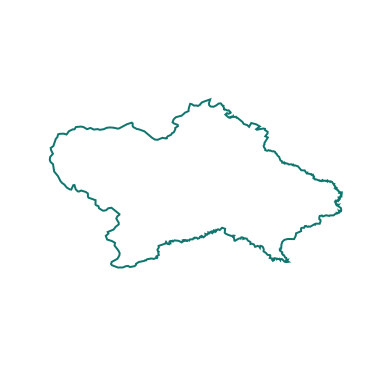 outline of Nam Yuen, Ubon Ratchathani, Thailand, rotated 107°
{"feature_id": "78962969B1624057872614", "entity_name": "Nam Yuen", "entity_type": "district", "adm_level": 2, "iso_a3": "THA", "parent_name": "Thailand", "parent_adm1": "Ubon Ratchathani", "projection": "equal_earth", "projection_center": [105.061, 14.443], "detail": "fine", "context": "isolated", "style": "outline", "palette": "teal", "viewbox_px": 384, "rotation_deg": 107, "n_neighbors": 0, "source": "geoboundaries", "source_scale": "gbopen_adm2", "svg_char_len": 5994}
<svg xmlns="http://www.w3.org/2000/svg" viewBox="0 0 384 384"><g transform="rotate(107 192 192)"><path d="M152.3,47.9L149.1,48.5L149.7,49.1L149.4,49.2L149.7,50.5L148.8,50.1L148.9,51.5L147.9,52.4L147.9,53.3L147.2,53.6L147.0,55.3L146.4,55.1L146.4,56.1L145.9,55.8L146.0,56.4L144.8,56.6L144.0,58.1L142.7,58.3L142.9,59.2L141.4,61.1L141.3,61.9L141.9,62.7L141.4,63.0L141.9,64.8L141.5,65.5L142.0,65.6L141.5,66.1L142.4,66.8L142.2,68.0L142.8,69.3L142.5,70.4L143.1,70.4L143.0,71.1L143.7,71.4L143.6,72.1L144.1,72.7L143.6,73.7L143.9,74.2L143.6,76.6L144.0,78.0L143.4,79.5L143.0,79.1L142.2,80.1L141.4,79.9L140.9,81.2L140.2,81.4L140.7,82.7L140.0,83.1L140.6,87.2L140.0,87.4L140.4,87.8L139.9,88.1L140.0,88.8L138.4,90.5L139.3,93.8L136.5,98.1L136.4,101.5L136.9,102.0L136.8,103.2L136.5,103.3L136.9,103.7L136.4,104.8L137.4,107.8L137.0,108.4L137.0,111.5L137.5,111.6L136.8,112.5L137.3,112.7L137.1,113.0L137.6,114.3L136.3,115.0L135.9,116.7L132.9,119.0L132.2,120.8L130.5,122.6L130.6,123.3L129.3,124.4L129.2,126.0L129.7,127.2L129.4,129.2L129.8,129.8L129.6,131.0L130.6,132.1L130.6,134.2L129.3,134.6L128.2,136.2L126.8,137.0L125.0,136.6L124.1,137.1L117.7,135.4L117.3,138.2L113.8,136.9L112.4,137.2L111.3,140.5L110.3,140.7L110.4,142.3L113.5,148.2L113.2,149.0L109.5,146.3L108.5,150.2L108.7,155.5L113.0,156.5L111.9,158.6L111.8,162.5L110.3,164.1L107.7,170.5L108.0,171.1L107.2,171.9L108.1,174.3L107.5,174.8L108.2,174.9L108.3,176.0L109.0,176.1L109.0,177.3L110.0,177.4L110.0,178.9L108.2,182.7L106.4,181.6L106.6,180.2L105.3,178.4L104.6,178.3L103.8,179.7L103.2,180.8L103.8,182.3L103.3,183.9L103.8,184.9L103.6,185.6L102.0,186.1L101.0,187.4L100.4,187.2L100.0,189.0L99.0,189.9L98.9,190.7L99.6,192.3L102.5,194.5L104.2,196.4L104.8,199.3L104.1,200.7L102.7,201.7L98.1,201.7L103.1,208.4L105.2,209.7L106.0,209.6L108.0,211.5L107.9,212.8L108.8,215.4L108.1,217.7L108.2,219.5L112.5,219.6L115.7,219.0L118.1,221.8L122.0,224.2L125.1,229.2L127.9,230.8L131.0,231.0L131.7,229.3L132.0,225.3L133.1,224.7L135.7,226.8L137.1,226.3L140.3,226.9L141.5,228.2L143.6,228.9L145.7,231.4L147.4,232.2L148.0,231.8L148.4,232.4L148.8,236.1L152.1,240.1L152.7,242.8L151.8,246.1L147.9,255.2L147.6,261.3L147.9,263.0L147.1,267.0L146.2,268.1L143.8,268.8L143.3,269.9L146.2,274.0L152.4,280.2L153.1,281.4L153.4,285.5L154.2,289.2L155.5,292.3L157.7,294.7L159.5,298.3L159.4,300.5L161.0,304.2L160.4,307.8L162.6,310.7L161.6,314.9L161.9,317.3L163.8,322.0L166.4,322.7L166.9,324.3L169.9,327.5L173.7,328.8L173.7,331.6L175.0,335.4L176.0,336.9L178.9,336.8L181.1,337.8L188.6,338.0L191.2,340.0L192.9,339.2L196.1,336.2L200.1,337.9L202.9,337.4L204.6,336.1L206.1,333.0L212.7,329.8L216.0,324.8L220.1,320.9L221.4,318.8L222.2,316.3L224.4,313.0L225.2,309.8L225.0,308.2L220.2,307.5L219.7,306.5L223.4,304.0L224.8,301.5L224.6,300.2L223.0,298.4L223.0,293.7L223.8,291.2L226.9,290.1L227.7,289.3L228.0,281.8L232.1,280.7L232.6,280.0L233.0,277.2L234.7,276.2L235.1,275.0L235.9,271.7L235.6,270.7L234.5,268.8L232.0,267.3L230.6,264.4L234.4,254.9L235.0,254.8L237.1,256.3L239.6,256.6L242.8,253.1L244.5,252.6L247.5,254.8L250.8,256.0L254.9,260.9L256.2,259.8L259.2,261.6L262.3,259.2L262.3,254.3L263.1,250.8L265.9,250.4L269.4,245.4L271.6,243.3L274.0,242.9L277.7,243.8L282.3,248.3L284.5,248.4L285.4,247.3L285.9,240.8L284.3,235.9L282.5,233.9L281.4,231.5L281.9,229.4L279.7,225.2L277.9,224.2L277.0,224.5L274.5,222.4L271.8,217.4L270.9,216.8L270.8,215.9L269.7,215.5L268.9,214.3L267.5,211.5L267.1,208.9L265.5,207.0L265.5,206.2L264.9,206.0L264.0,207.2L261.9,205.3L260.5,206.3L258.8,206.4L258.8,207.2L257.2,208.2L254.8,207.5L253.3,208.2L249.2,202.5L247.3,202.2L248.8,200.4L248.7,199.4L248.1,199.3L248.4,198.6L247.6,198.4L247.5,197.6L246.4,197.9L245.8,198.9L245.1,198.4L245.1,197.4L244.4,196.6L244.9,195.7L243.4,194.7L242.6,190.5L243.2,187.1L241.9,186.3L240.9,186.8L240.5,186.3L240.2,185.3L241.1,185.1L240.5,184.3L240.4,183.1L240.0,183.3L240.1,184.1L239.8,183.9L240.1,182.2L239.2,181.7L239.2,180.4L237.8,180.0L237.1,177.5L235.9,177.1L235.6,176.1L234.9,176.2L234.4,174.0L235.0,172.9L234.0,171.5L232.7,171.3L232.5,170.3L232.0,170.8L231.1,170.0L231.9,167.7L229.6,166.3L228.2,166.9L228.3,165.1L227.4,164.9L227.1,164.1L225.9,164.5L226.1,163.2L225.0,162.8L225.3,161.0L223.9,161.6L223.5,160.6L223.9,159.8L222.2,159.8L222.2,158.9L223.3,158.0L222.7,157.5L221.2,157.7L221.2,157.1L220.1,156.3L220.3,154.4L217.4,152.8L217.5,149.6L221.4,148.8L221.8,148.2L222.4,145.3L222.5,140.7L221.7,140.0L221.5,138.9L223.2,139.4L223.8,138.3L226.1,137.2L226.0,136.5L223.2,134.0L222.4,132.8L222.4,131.8L221.0,131.6L220.7,130.8L220.8,129.4L221.9,129.2L220.8,127.6L220.6,126.0L222.1,124.4L222.7,121.6L224.7,120.9L223.9,119.6L224.1,117.4L226.0,115.6L224.3,113.4L224.6,111.5L225.4,110.7L223.5,110.8L223.4,109.2L224.2,107.8L225.9,106.6L227.9,106.2L228.6,103.6L230.0,101.4L229.6,98.8L230.3,98.3L232.3,98.4L232.2,94.9L233.0,94.7L233.3,96.4L233.5,95.1L234.1,94.5L233.4,93.7L231.3,93.9L230.9,92.4L231.7,91.3L230.8,90.6L230.9,89.8L230.3,88.9L231.4,87.6L230.2,87.5L229.9,86.0L231.6,83.2L231.5,81.3L230.6,79.5L230.4,80.6L229.0,80.5L229.8,81.4L229.6,82.1L228.7,81.8L227.4,82.7L227.4,83.8L225.7,85.4L225.7,86.3L225.3,86.4L224.7,87.9L223.3,88.0L222.4,90.7L221.8,91.0L221.8,90.5L221.0,90.5L221.1,91.1L220.0,91.1L219.4,90.3L216.2,91.1L213.3,91.1L210.7,89.6L208.9,86.6L207.2,80.6L203.5,80.0L201.1,80.4L197.5,76.2L194.9,77.1L194.1,76.4L193.5,74.4L191.5,74.0L191.1,73.0L191.5,72.7L191.4,70.9L190.9,70.6L190.6,68.8L187.5,65.9L187.3,64.9L186.8,65.2L186.0,64.2L185.0,60.6L182.3,60.5L181.1,61.1L180.9,62.2L179.0,62.9L177.5,62.8L176.5,60.8L177.1,60.2L176.9,59.4L175.1,57.1L174.7,53.6L174.1,53.3L172.9,49.7L171.0,48.5L170.4,47.4L169.7,47.6L169.7,46.4L168.9,46.0L169.0,45.5L168.5,45.2L167.5,45.8L167.7,45.4L167.1,44.8L167.6,44.8L167.0,44.1L166.4,44.7L166.0,44.0L164.9,44.3L163.7,45.1L162.6,48.7L161.5,48.2L162.4,49.8L161.9,50.2L161.4,49.8L161.4,50.9L160.2,51.4L159.6,52.4L158.2,52.1L158.1,51.5L158.6,50.9L157.6,50.5L157.8,49.6L156.6,49.7L156.6,49.0L155.9,48.7L155.2,48.7L155.4,49.5L154.3,50.2L153.7,48.8L152.0,48.8L152.3,47.9Z" fill="none" stroke="#0f766e" stroke-width="2"/></g></svg>